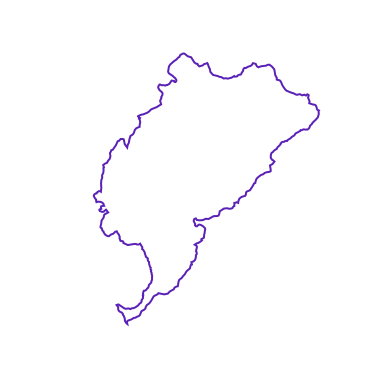 Rastolita, Mures, Romania (Mercator projection), rotated 20°
{"feature_id": "2599482B10826612307233", "entity_name": "Rastolita", "entity_type": "district", "adm_level": 2, "iso_a3": "ROU", "parent_name": "Romania", "parent_adm1": "Mures", "projection": "mercator", "projection_center": [25.011, 47.006], "detail": "fine", "context": "isolated", "style": "outline", "palette": "violet", "viewbox_px": 384, "rotation_deg": 20, "n_neighbors": 0, "source": "geoboundaries", "source_scale": "gbopen_adm2", "svg_char_len": 6027}
<svg xmlns="http://www.w3.org/2000/svg" viewBox="0 0 384 384"><g transform="rotate(20 192 192)"><path d="M176.3,338.1L175.5,336.8L175.4,335.5L175.8,334.8L179.1,332.0L180.3,330.2L181.9,329.5L182.7,328.3L184.5,326.7L185.2,325.3L185.2,321.7L186.0,320.2L186.8,319.7L187.7,318.3L188.1,317.2L187.8,316.0L188.4,313.3L189.0,312.7L190.0,311.2L190.9,307.9L191.6,303.5L192.0,302.6L194.2,300.4L194.8,299.5L195.0,298.6L200.9,297.7L203.7,296.0L204.3,295.4L204.4,294.7L205.3,292.9L208.1,289.7L208.3,287.8L209.5,286.4L210.9,285.4L210.0,280.7L210.1,278.8L211.8,276.2L212.2,274.5L213.3,272.0L213.9,268.8L214.4,267.6L216.2,264.5L215.8,261.4L216.1,260.4L216.7,260.1L215.4,258.2L217.2,256.6L218.1,254.7L218.0,252.2L217.3,250.0L217.6,248.9L217.4,247.8L216.9,247.0L216.0,246.3L215.6,242.8L215.2,241.5L214.2,240.8L212.6,240.6L214.0,238.6L215.2,237.9L217.0,235.6L217.9,234.1L217.1,233.6L216.9,233.2L218.7,231.1L218.8,230.6L218.0,228.0L217.9,226.3L217.3,223.9L217.2,222.5L216.6,221.6L214.1,220.4L211.6,219.9L209.8,220.2L209.3,220.8L208.3,222.6L207.2,222.8L206.1,222.1L206.0,221.1L203.5,218.7L203.3,217.5L203.5,216.5L204.6,215.5L206.0,216.6L208.7,216.1L211.8,214.7L214.0,212.5L216.8,211.7L220.6,207.3L223.8,206.0L224.9,205.2L225.1,204.4L225.0,202.4L224.6,200.7L227.7,196.6L230.7,195.2L232.6,195.1L234.3,194.3L235.5,193.3L235.8,191.7L236.1,191.1L236.6,190.8L235.5,187.7L236.5,187.3L237.4,186.4L239.1,186.5L238.7,184.4L238.8,182.0L240.2,179.7L243.3,177.4L243.5,176.3L243.0,173.9L243.2,173.0L245.9,170.5L247.2,164.7L247.3,162.9L248.4,161.9L248.1,160.4L248.1,157.6L249.1,155.4L251.0,152.4L252.9,150.9L253.7,149.3L255.1,148.1L258.1,146.4L258.8,145.5L258.3,144.1L256.2,140.3L258.0,138.3L259.1,135.2L257.8,134.6L256.2,134.3L254.6,133.2L254.1,132.4L253.4,130.1L253.4,128.0L254.3,126.8L255.0,124.9L256.1,123.4L256.8,122.8L257.0,121.2L257.3,120.2L258.4,118.2L258.7,116.9L258.7,116.2L259.0,116.1L259.1,114.8L260.3,113.7L261.2,113.5L262.1,112.3L264.0,111.4L264.0,110.6L266.2,107.8L267.0,106.0L268.8,103.8L269.2,101.7L272.8,97.6L272.9,96.7L274.0,96.4L275.3,95.0L277.4,94.5L279.3,93.7L279.9,92.8L280.3,91.6L280.3,89.3L281.4,87.1L281.6,85.7L283.6,81.7L284.7,78.8L284.5,75.5L283.3,72.7L283.0,72.4L283.2,72.0L282.0,71.9L281.0,71.3L279.9,69.5L278.5,68.2L277.3,68.0L276.1,68.4L271.8,68.5L271.4,66.5L268.8,63.7L268.7,61.5L268.2,60.9L266.9,60.8L266.1,62.4L264.1,62.2L262.5,63.5L259.8,63.2L257.5,64.7L256.6,64.9L253.3,64.5L252.6,64.7L248.9,64.6L246.5,64.5L244.9,64.0L241.4,61.6L239.7,60.1L238.5,58.6L237.0,57.4L236.2,57.1L233.2,57.4L232.5,55.5L230.5,54.0L227.3,48.5L224.0,46.7L221.2,45.9L219.5,46.7L218.3,48.0L214.0,50.2L211.7,52.1L210.0,51.7L208.0,49.8L205.2,50.1L204.7,52.3L204.2,53.2L201.4,55.5L200.3,57.0L198.8,57.5L198.2,59.4L198.6,60.8L197.9,63.0L198.0,64.0L197.4,65.2L196.5,65.5L195.4,66.5L194.9,67.8L194.1,68.4L192.7,69.0L192.0,68.6L190.0,71.1L186.9,73.2L185.0,73.5L182.9,74.5L180.2,74.0L178.2,74.4L176.7,74.2L171.8,74.8L168.2,72.9L166.5,70.0L165.6,69.4L162.9,66.1L162.2,65.6L161.6,66.3L159.6,67.7L158.9,69.2L158.3,69.7L156.0,71.4L154.2,70.7L153.4,69.7L152.0,70.0L150.0,69.5L145.1,65.7L141.5,65.9L138.1,64.7L137.1,64.6L135.9,65.2L134.1,67.3L134.0,69.4L133.0,70.4L132.3,72.4L130.1,75.6L127.9,79.7L127.4,82.0L128.4,87.1L129.0,87.8L129.9,88.5L134.2,89.5L135.8,90.3L137.0,90.6L138.8,91.9L139.2,92.4L139.2,93.5L138.9,94.3L138.4,94.5L137.6,94.4L137.1,93.8L134.7,94.3L133.7,98.3L133.0,98.9L132.4,99.8L131.5,100.1L130.6,101.1L129.2,101.2L126.7,102.1L125.2,101.9L124.8,102.1L124.4,103.0L124.3,105.0L124.6,105.6L126.7,107.4L130.0,108.7L130.7,109.7L131.0,111.1L130.6,113.5L131.1,114.1L131.1,114.5L130.8,117.1L133.0,120.2L129.8,124.3L125.7,128.0L124.9,129.2L124.1,131.1L122.6,133.1L119.1,136.1L118.0,136.6L115.4,139.1L115.4,139.4L116.5,139.7L116.9,140.9L117.7,140.3L117.9,140.3L117.7,141.4L119.4,143.9L119.9,147.0L120.5,148.7L118.7,150.2L117.6,151.6L117.0,153.8L117.2,155.9L116.9,157.5L116.5,158.5L115.0,160.3L115.2,164.1L115.8,167.3L115.5,169.8L115.9,172.4L112.4,170.0L109.9,165.9L108.7,165.9L106.8,166.6L105.9,168.9L105.0,169.5L104.8,170.0L104.5,174.0L103.2,178.9L103.1,179.4L101.9,180.3L101.9,181.9L101.6,183.5L103.0,186.1L103.3,187.7L103.3,189.1L102.7,190.6L102.2,192.5L102.3,193.4L100.4,195.3L99.3,197.1L100.9,199.1L100.6,199.7L100.9,200.7L101.4,201.5L102.1,204.4L101.8,206.5L102.0,207.8L102.6,208.7L102.8,210.3L102.7,211.7L103.6,215.0L105.4,219.2L106.3,222.9L105.5,222.7L104.1,223.1L102.9,224.9L102.9,225.9L102.2,226.1L101.0,227.8L101.0,229.2L102.8,231.0L104.5,231.9L104.8,232.5L104.9,233.2L105.7,234.2L107.1,233.2L109.6,232.5L111.6,232.8L113.2,233.7L113.6,234.8L114.0,235.1L112.6,235.7L111.5,236.6L111.9,238.2L112.5,238.8L111.1,240.0L111.0,240.5L111.9,241.4L114.4,241.4L115.5,240.9L116.0,240.4L116.2,239.6L117.3,238.0L120.2,239.9L117.7,242.7L117.3,243.8L117.7,246.2L116.8,249.9L117.6,253.2L117.8,255.6L118.0,256.3L118.5,256.8L119.7,257.0L120.9,258.8L122.4,259.4L122.8,260.2L125.3,261.9L127.7,262.3L129.1,261.9L130.4,259.7L132.3,258.1L133.5,255.5L134.8,254.7L135.9,255.9L137.7,256.9L139.5,259.0L139.8,260.5L140.6,261.1L141.2,262.2L141.8,262.4L143.7,261.9L144.8,262.6L145.0,263.4L149.8,263.8L155.7,260.5L157.1,260.0L157.7,260.2L159.3,259.8L160.1,259.4L160.9,258.3L164.2,260.9L164.7,262.7L166.1,263.1L168.5,265.2L168.7,266.0L170.3,267.7L170.7,268.6L172.8,269.3L173.3,269.7L173.4,270.5L174.2,271.7L175.6,272.5L176.3,274.3L178.2,276.7L179.1,277.2L179.1,277.7L179.4,278.7L180.5,279.5L180.5,280.6L182.0,282.2L182.2,283.1L183.3,284.4L183.3,284.8L184.5,288.4L184.3,289.6L184.7,291.0L183.3,294.1L183.5,294.9L183.6,296.6L183.2,297.7L182.8,298.1L182.5,299.5L181.4,300.9L180.6,301.2L180.4,302.5L180.7,303.7L180.7,304.5L181.5,305.5L181.2,306.0L181.2,306.3L181.6,306.6L182.2,308.5L181.6,311.1L182.0,311.8L182.0,313.4L181.3,314.2L180.5,315.8L180.5,316.1L180.1,317.1L178.3,319.7L176.8,321.1L175.3,321.8L174.2,323.1L172.3,323.1L169.7,324.4L168.3,324.5L161.5,322.8L160.7,323.2L159.8,324.0L162.0,325.4L162.5,326.9L163.4,328.4L165.3,329.2L167.2,329.3L168.7,330.1L169.0,331.0L170.1,331.6L171.9,333.6L173.1,336.1L175.2,337.7L176.3,338.1Z" fill="none" stroke="#5b21b6" stroke-width="2"/></g></svg>